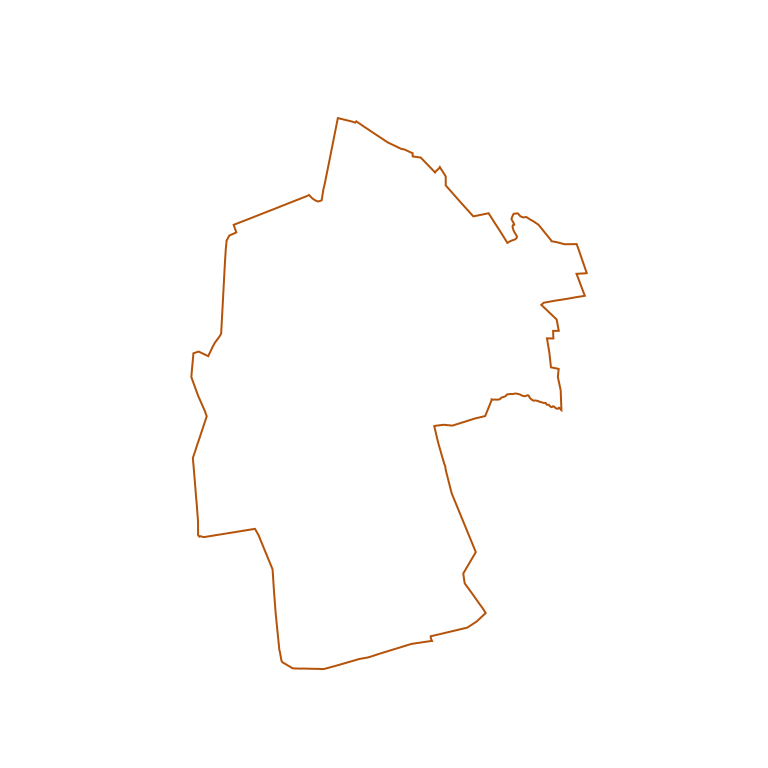 Preiļi, Preilu, Latvia (Natural Earth projection), rotated 239°
{"feature_id": "27541924B35723190780065", "entity_name": "Preiļi", "entity_type": "district", "adm_level": 2, "iso_a3": "LVA", "parent_name": "Latvia", "parent_adm1": "Preilu", "projection": "natural_earth1", "projection_center": [26.72, 56.291], "detail": "fine", "context": "isolated", "style": "outline", "palette": "amber", "viewbox_px": 768, "rotation_deg": 239, "n_neighbors": 0, "source": "geoboundaries", "source_scale": "gbopen_adm2", "svg_char_len": 4102}
<svg xmlns="http://www.w3.org/2000/svg" viewBox="0 0 768 768"><g transform="rotate(239 384 384)"><path d="M348.2,147.2L348.2,148.1L345.6,150.6L345.5,150.8L341.2,161.6L326.3,198.8L318.9,198.6L297.5,195.3L292.4,194.5L291.4,194.4L282.5,193.0L262.7,182.8L243.6,173.2L209.7,157.2L208.3,156.9L199.9,153.7L199.5,153.6L199.2,153.6L198.5,153.5L198.1,153.6L197.8,153.7L197.4,153.8L197.1,154.0L189.9,157.9L188.3,158.7L187.6,159.2L187.4,159.3L187.2,159.5L186.9,159.9L186.8,160.0L183.0,165.9L181.4,168.7L179.9,171.0L179.5,171.7L178.5,173.2L176.3,176.7L173.1,181.8L172.5,182.6L172.2,183.1L170.9,185.2L170.8,185.3L170.7,185.5L166.9,198.9L161.0,221.2L158.0,229.1L157.4,231.2L155.3,240.4L148.0,270.0L147.0,273.9L139.5,291.9L139.0,292.8L141.9,293.2L143.7,294.1L132.3,329.9L132.7,341.1L135.3,353.2L140.0,353.1L140.4,353.1L146.3,352.6L151.3,352.2L158.1,351.7L171.4,350.5L173.0,351.1L174.6,351.7L180.8,354.4L192.6,376.1L255.4,385.7L271.1,390.4L277.8,392.4L281.1,393.7L281.5,394.0L282.0,394.1L284.7,394.6L289.7,395.9L294.3,397.1L299.8,398.6L301.4,399.0L306.1,400.3L307.3,400.7L309.0,401.2L316.1,403.5L322.1,405.4L322.1,405.6L318.4,414.0L313.1,421.2L307.6,444.2L304.4,454.2L314.7,467.9L314.8,468.1L315.4,468.4L315.1,468.7L314.2,469.7L313.3,471.5L312.6,472.4L311.9,473.8L311.4,475.0L311.3,475.5L311.7,476.7L311.8,477.7L311.6,478.9L311.1,481.0L311.0,482.1L311.4,483.2L311.6,483.8L311.6,484.1L311.4,484.8L310.2,487.5L309.5,488.4L308.9,489.6L308.5,491.0L307.4,492.8L306.1,494.1L305.1,495.1L304.1,495.6L302.5,496.7L301.2,498.1L300.7,499.1L300.6,500.1L300.5,500.5L300.5,501.1L300.3,501.5L299.8,501.8L299.6,502.0L298.8,501.8L298.2,502.0L296.7,501.9L295.3,502.3L295.1,502.3L294.0,502.9L293.1,503.3L292.5,503.9L292.0,505.2L290.7,506.6L290.3,507.2L288.8,508.1L287.7,509.2L287.1,509.7L286.3,510.4L285.4,511.3L284.9,512.3L284.4,512.8L282.6,512.8L282.0,513.3L281.7,514.0L281.4,514.5L278.9,515.0L277.8,515.8L277.7,516.6L277.9,517.3L277.3,517.8L276.8,518.3L275.7,518.5L274.9,518.7L273.9,519.4L273.4,520.0L273.3,520.7L273.6,521.4L273.5,521.8L273.0,522.1L272.5,522.3L271.3,522.2L270.2,522.6L287.6,532.2L300.4,536.6L307.0,541.5L312.3,535.7L326.0,542.0L339.2,547.2L335.8,552.6L342.4,556.3L339.6,561.2L350.4,565.2L360.6,562.4L370.8,559.6L371.4,562.7L367.5,573.1L365.4,578.2L363.4,583.1L361.5,588.0L359.1,594.3L357.0,599.4L356.2,601.6L360.9,602.4L378.2,605.6L379.3,605.8L377.7,608.8L375.0,613.9L374.7,614.9L376.5,615.3L399.1,620.1L401.2,620.5L404.7,621.2L410.7,610.9L416.6,605.1L419.6,601.7L420.1,601.1L421.5,601.2L431.2,599.8L440.8,598.5L446.0,596.1L446.4,595.9L450.3,593.7L453.8,592.0L454.5,590.5L454.9,589.4L456.1,588.3L457.5,587.3L460.4,586.8L461.2,586.6L461.6,586.2L461.9,585.5L463.1,582.7L462.6,581.9L461.0,579.6L460.1,578.6L459.8,578.3L459.1,578.1L455.1,578.0L453.7,577.8L453.4,577.4L453.4,576.8L453.7,576.3L453.4,575.8L452.2,575.0L450.0,574.4L448.0,574.0L445.0,574.0L442.3,574.0L441.5,573.7L440.9,572.8L440.5,571.5L440.6,569.9L440.7,569.5L441.2,567.2L441.4,565.8L441.4,564.1L441.4,562.4L442.1,562.4L452.2,562.3L462.6,562.0L463.5,561.9L476.5,561.6L480.3,550.8L481.7,546.9L499.4,543.4L522.4,539.2L530.1,543.8L539.7,543.6L541.2,543.6L541.0,543.2L540.7,542.6L540.6,542.2L540.4,541.7L540.3,541.3L540.2,540.8L540.1,540.4L540.0,539.8L539.9,539.1L539.8,538.7L539.7,538.4L539.6,538.1L539.4,537.7L539.0,536.7L541.4,536.2L559.2,532.1L561.8,528.9L564.3,525.8L567.0,527.4L574.5,522.3L576.6,519.9L589.2,511.6L606.2,503.5L611.0,501.3L613.6,500.0L623.4,495.5L622.9,493.9L625.7,491.5L635.7,481.4L603.0,451.7L585.8,436.0L582.5,432.7L573.5,425.1L574.3,421.6L576.7,419.7L580.2,418.1L584.6,417.1L584.9,414.1L589.1,389.0L595.2,352.6L597.6,338.7L597.8,337.1L590.0,335.5L590.9,327.8L587.9,322.9L582.2,318.7L581.6,318.2L570.9,310.8L537.9,288.5L518.2,275.2L511.0,270.3L509.3,267.2L506.5,260.3L504.1,256.3L498.7,248.1L498.4,247.7L504.4,243.7L507.2,241.9L508.5,236.5L491.4,224.0L489.1,222.4L469.6,218.6L453.7,216.6L447.6,215.4L435.4,201.2L431.7,196.9L427.8,192.2L424.3,188.3L419.1,182.1L417.7,181.4L408.5,176.9L402.9,174.1L395.7,170.6L383.3,164.4L379.3,162.5L364.5,155.1L362.3,154.0L350.2,146.8L348.2,147.2Z" fill="none" stroke="#b45309" stroke-width="2"/></g></svg>